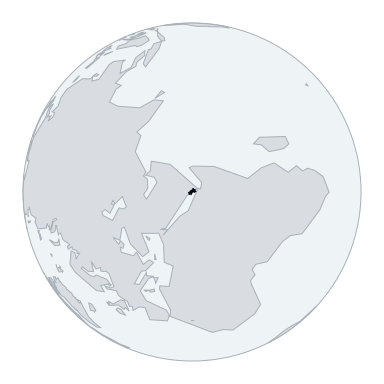 the Earth from above Al Hudaydah, rotated 245°
{"feature_id": "YEM-151", "entity_name": "Al Hudaydah", "entity_type": "Governorate", "adm_level": 1, "iso_a3": "YEM", "parent_name": "Yemen", "parent_adm1": "", "projection": "orthographic", "projection_center": [43.034, 14.789], "detail": "fine", "context": "on_globe", "style": "filled", "palette": "ink", "viewbox_px": 384, "rotation_deg": 245, "n_neighbors": 0, "source": "natural_earth", "source_scale": "10m", "svg_char_len": 10656}
<svg xmlns="http://www.w3.org/2000/svg" viewBox="0 0 384 384"><g transform="rotate(245 192 192)"><circle cx="192" cy="192" r="169" fill="#eef3f6" stroke="#a8b0b8"/><path d="M156.0,26.9L156.6,26.8L155.9,27.0L151.2,28.0L150.9,28.1L149.1,28.6L148.2,28.8L156.0,26.9ZM147.4,29.0L147.7,29.0L144.7,29.8L147.4,29.0ZM142.9,30.3L146.6,29.4L141.2,31.0L137.8,32.0L139.2,31.5L142.9,30.3ZM124.3,37.2L122.3,38.2L116.5,41.0L111.4,43.6L108.7,45.1L112.3,43.6L101.5,49.9L92.1,57.1L89.5,59.0L86.7,60.2L89.6,57.6L100.6,49.9L112.2,43.1L124.3,37.2ZM78.6,66.8L78.2,67.2L80.0,65.6L77.4,68.0L76.6,68.6L78.6,66.8ZM23.1,197.0L24.5,205.4L27.3,216.3L28.7,226.3L29.1,235.0L36.0,256.9L31.7,245.3L28.2,233.5L25.6,221.5L23.9,209.3L23.1,197.0ZM167.9,24.8L168.0,24.7L167.5,24.8L167.9,24.8ZM228.8,27.1L228.4,27.0L227.3,26.8L228.8,27.1ZM160.2,26.1L163.8,25.4L161.9,25.9L161.0,26.0L157.7,26.6L158.7,26.4L160.2,26.1ZM159.5,26.3L160.8,26.2L157.9,26.8L156.6,26.8L159.5,26.3ZM165.9,25.1L167.9,24.8L166.1,25.0L165.8,25.1L165.9,25.1ZM148.5,29.7L150.0,29.0L152.6,28.5L148.5,29.7ZM161.5,26.1L162.5,25.9L163.7,25.7L163.9,25.8L161.5,26.1ZM174.5,24.0L173.6,24.1L177.8,23.7L177.5,23.8L172.2,24.3L174.3,24.1L174.2,24.2L170.0,24.6L174.5,24.0ZM167.8,25.4L160.9,26.6L157.5,27.7L155.1,28.2L161.0,26.3L167.8,25.4ZM169.5,24.9L167.9,25.2L165.7,25.4L165.4,25.3L169.5,24.9ZM179.2,23.8L181.0,23.4L182.1,23.4L179.2,23.8ZM167.2,25.6L168.9,25.4L167.2,25.7L167.2,25.6ZM176.0,24.2L176.5,24.0L177.7,24.0L176.0,24.2ZM171.8,25.2L169.6,25.5L169.3,25.3L171.8,25.2ZM174.1,24.7L175.6,24.6L170.6,25.1L174.1,24.6L174.1,24.7ZM177.1,24.2L178.0,24.1L176.7,24.3L177.1,24.2ZM174.0,25.9L167.7,26.5L167.1,26.0L173.3,25.4L174.0,25.9ZM279.0,47.2L277.3,46.2L266.9,40.6L279.0,47.2ZM262.3,38.4L266.0,40.1L263.7,39.0L266.0,40.2L271.3,43.0L272.3,43.5L277.8,48.4L289.5,57.7L290.1,56.5L294.4,59.0L308.2,71.2L321.3,90.7L327.1,96.3L329.9,100.5L330.5,103.8L326.3,97.6L323.5,96.1L321.1,92.4L320.6,96.4L317.1,91.4L318.5,97.4L322.1,101.0L323.8,99.0L326.5,107.0L333.1,113.3L338.0,122.2L340.9,140.5L337.6,147.6L338.3,150.7L334.8,148.2L333.5,155.3L342.5,170.9L343.4,176.0L339.7,187.5L339.0,183.8L329.9,176.9L330.6,189.5L337.5,197.8L340.0,209.1L335.7,206.7L332.9,196.9L329.6,194.2L328.9,183.4L323.0,168.6L318.5,172.9L317.2,166.6L308.5,155.2L301.1,161.0L290.4,180.2L291.6,196.6L286.8,204.6L274.4,182.7L269.7,167.4L264.7,169.5L252.5,157.6L229.8,158.7L227.0,154.8L222.6,157.0L214.0,153.4L210.0,147.0L204.6,147.6L215.5,164.4L221.4,163.9L226.9,157.0L228.8,163.1L237.1,168.2L226.2,183.9L193.3,198.3L190.9,186.1L170.2,152.8L171.3,149.1L171.2,148.7L171.1,148.0L168.3,153.9L165.0,147.5L175.2,170.6L176.5,180.5L192.8,199.1L191.1,201.0L196.6,204.8L215.2,199.7L215.1,203.8L205.8,222.8L180.7,248.2L184.6,264.8L183.7,278.7L169.2,287.5L171.7,297.8L164.4,301.1L164.7,306.8L159.5,312.5L150.4,317.4L133.7,316.1L131.6,311.1L121.8,300.4L107.7,274.1L110.9,262.8L109.0,253.3L97.0,230.8L99.5,219.3L96.5,213.8L90.3,214.1L87.0,207.6L83.3,206.9L61.1,206.7L55.0,197.2L49.6,170.9L54.1,162.2L56.2,151.1L88.6,119.5L94.0,122.7L117.8,121.5L120.5,123.2L116.1,131.3L132.8,143.7L140.0,137.1L156.6,144.1L168.7,144.4L175.8,128.8L156.0,127.8L154.2,120.0L171.2,114.2L188.7,115.9L188.6,113.0L178.8,106.2L184.2,101.2L175.6,103.5L178.1,106.5L172.8,108.2L170.2,105.6L172.2,103.8L167.3,102.3L159.0,112.1L160.7,116.2L147.0,117.3L148.5,124.5L144.3,127.5L140.3,116.6L141.7,112.8L133.2,101.1L130.5,105.0L138.3,116.6L135.3,115.5L131.7,121.8L132.0,116.1L124.2,103.3L112.8,104.6L95.9,118.8L89.7,119.3L85.6,115.3L94.1,99.8L107.0,100.6L110.2,95.9L109.6,88.5L113.5,89.6L114.9,87.0L119.9,87.3L129.1,81.7L134.5,81.7L140.0,74.1L143.6,73.3L139.3,77.8L139.2,81.3L153.0,82.2L156.2,80.7L158.7,76.0L162.2,77.2L162.8,72.5L171.7,71.4L161.4,69.1L164.1,64.3L170.5,61.1L169.5,59.3L159.1,64.6L156.6,67.3L157.4,70.0L149.0,77.8L143.8,78.8L145.7,69.7L138.6,70.4L143.1,63.8L168.4,52.3L178.0,50.8L189.8,57.6L186.4,60.2L180.5,58.9L184.2,64.3L184.8,61.8L187.6,63.0L190.9,59.4L193.1,60.2L192.5,55.7L195.5,56.2L195.9,59.0L203.3,54.9L210.2,55.5L210.8,54.3L209.5,52.8L219.1,55.0L219.1,54.0L216.0,52.9L214.0,50.4L214.3,47.0L217.6,47.9L218.0,49.2L223.7,53.8L224.1,57.7L225.5,57.7L225.9,54.6L218.9,49.0L218.2,46.8L222.0,49.0L220.5,48.0L221.2,47.2L224.9,47.4L220.9,44.9L223.6,36.8L231.1,37.0L234.2,39.5L239.5,36.6L247.6,38.2L244.7,37.0L245.3,35.5L242.8,34.9L241.4,34.3L241.8,31.5L244.4,32.0L241.3,30.5L239.8,30.0L237.7,29.5L234.6,28.5L248.7,32.8L262.3,38.4ZM75.8,136.6L74.6,139.8L75.8,136.6ZM206.4,126.3L217.4,127.0L213.9,117.2L217.9,116.8L215.2,113.9L213.6,116.5L207.4,108.6L212.7,105.9L212.1,101.9L208.3,101.5L199.7,107.9L208.5,119.1L205.4,123.0L206.4,126.3ZM80.3,65.2L79.6,65.9L79.1,66.3L80.3,65.2ZM80.9,66.2L76.7,70.0L79.3,67.4L77.8,68.4L81.4,64.6L88.4,59.8L84.6,62.4L80.9,66.2ZM88.2,58.7L85.1,61.3L88.2,58.7L88.2,58.7ZM117.4,73.6L118.4,75.4L115.5,78.2L108.6,79.6L112.8,75.4L117.4,73.6ZM120.6,77.5L124.3,68.9L128.7,68.1L125.6,69.9L128.1,70.2L123.8,73.3L124.4,81.6L121.9,84.7L110.5,84.8L115.6,82.8L114.3,80.9L120.6,77.5ZM125.9,52.6L127.6,50.1L135.1,51.5L132.6,53.8L125.6,54.9L124.3,53.0L125.9,52.6ZM134.9,33.3L135.1,33.1L136.4,32.7L137.3,32.5L134.9,33.3ZM149.0,29.4L135.6,34.1L135.1,34.0L127.8,37.4L123.7,38.6L128.5,36.2L119.9,40.1L122.6,38.4L116.9,41.2L128.1,35.7L130.2,34.8L129.5,35.3L133.2,34.1L135.5,33.3L143.4,30.6L149.7,28.5L154.4,27.4L156.1,27.2L155.3,27.6L152.5,28.1L153.4,28.2L148.7,29.2L149.0,29.4ZM172.8,32.4L169.9,31.7L171.0,34.2L166.3,34.4L166.7,34.7L162.7,35.6L158.6,37.5L156.7,37.3L155.9,38.1L153.2,39.0L151.5,40.1L147.5,40.4L145.0,42.0L144.5,41.3L141.4,43.9L141.9,42.2L138.5,43.4L139.8,44.5L122.4,45.6L114.7,48.3L107.9,51.7L109.7,48.8L117.2,44.1L127.0,39.4L134.2,37.6L133.7,36.9L137.0,35.9L136.0,36.8L139.5,34.8L141.9,34.4L150.6,31.7L154.1,29.6L157.4,28.8L157.3,29.4L160.6,28.2L162.6,28.9L164.9,28.4L169.2,28.8L167.5,30.6L170.3,30.0L173.7,30.6L172.8,32.4ZM175.0,26.0L174.1,27.6L171.0,28.6L164.9,27.5L162.4,27.8L158.4,27.7L162.9,26.4L163.6,26.5L165.4,26.3L163.3,26.8L166.3,26.3L167.4,26.5L170.1,26.3L169.0,26.8L175.0,26.0ZM124.6,120.4L126.9,121.0L130.7,121.0L128.5,125.1L124.6,120.4ZM119.0,111.7L121.2,111.3L120.0,116.7L117.6,116.3L119.0,111.7ZM123.5,106.8L121.5,110.9L121.2,108.5L123.5,106.8ZM141.5,77.5L144.0,77.1L143.8,78.2L141.9,79.8L141.5,77.5ZM175.1,41.8L174.0,40.8L174.9,40.4L175.7,37.8L179.2,37.8L180.1,39.3L175.1,41.8ZM171.8,131.4L167.7,134.3L166.2,132.7L167.9,132.0L171.8,131.4ZM146.6,129.7L151.8,132.1L145.9,130.8L146.6,129.7ZM179.1,41.3L179.0,40.2L180.8,40.9L179.1,41.3ZM181.8,37.7L184.1,38.3L179.7,37.5L181.8,37.7ZM240.8,340.2L242.0,341.4L239.3,341.8L240.8,340.2ZM213.1,276.2L202.9,299.9L194.7,300.1L192.6,293.3L196.0,279.0L205.3,274.8L209.7,268.0L213.1,276.2ZM353.6,229.5L354.6,229.3L354.4,230.1L353.6,229.5ZM352.7,227.7L354.1,227.0L352.2,229.6L352.7,227.7ZM354.6,226.7L356.0,224.2L356.7,222.5L356.4,224.2L354.6,226.7ZM351.6,228.5L344.0,232.0L340.6,231.4L341.8,228.2L347.4,226.6L351.6,228.5ZM341.5,228.3L335.7,222.6L325.0,202.7L328.9,202.0L339.5,212.7L338.9,215.3L342.4,220.2L341.5,228.3ZM354.0,208.5L353.3,215.9L349.5,217.3L347.5,217.1L346.3,208.4L347.0,203.4L348.7,202.8L353.3,184.0L355.3,186.9L354.4,194.5L355.9,199.9L354.0,208.5ZM292.5,198.0L296.7,207.0L293.9,209.1L292.5,198.0ZM353.6,171.9L352.8,179.9L353.1,169.7L353.6,171.9ZM352.8,162.7L353.7,166.1L352.3,163.2L352.8,162.7ZM339.7,155.4L337.9,157.0L337.2,154.6L338.9,151.3L339.7,155.4ZM341.7,130.0L344.4,136.9L345.1,139.4L343.0,135.6L341.7,130.0ZM209.1,42.6L204.2,46.0L203.0,49.1L206.0,51.6L199.6,49.8L201.5,45.0L209.1,42.6ZM221.5,37.2L218.8,35.6L221.3,35.7L222.2,36.1L221.5,37.2ZM218.9,36.6L213.1,35.8L212.5,34.5L217.2,35.4L218.9,36.6ZM196.0,37.7L194.3,38.6L192.9,37.9L196.0,37.7ZM329.9,289.7L325.6,295.0L324.9,294.8L328.5,289.9L334.8,277.0L335.4,276.8L339.4,267.6L347.5,255.6L354.4,237.5L354.9,236.8L350.4,250.8L344.7,264.3L337.8,277.3L329.9,289.7ZM356.0,228.1L357.9,221.2L358.3,220.1L356.0,228.1ZM360.7,201.5L360.7,200.8L360.8,200.2L360.7,201.5ZM360.9,197.4L360.8,196.6L360.9,194.5L360.9,197.4ZM359.8,205.4L359.6,207.4L359.4,206.3L359.8,205.4ZM360.1,203.8L360.5,204.6L360.0,205.5L360.1,203.8ZM356.7,200.9L357.2,205.1L358.5,201.0L357.5,206.0L357.9,212.7L357.4,215.8L357.1,208.5L356.1,217.1L355.5,217.5L355.6,210.6L356.5,201.4L357.1,197.3L359.3,193.8L356.7,200.9ZM360.3,198.3L360.1,193.3L360.2,189.6L360.4,192.0L360.3,198.3ZM358.7,181.8L357.1,176.7L356.5,179.8L357.0,169.9L358.6,176.4L358.7,181.8ZM356.2,169.5L355.7,172.3L355.7,166.8L356.2,169.5ZM355.1,170.5L354.2,166.5L355.0,166.5L355.1,170.5ZM356.6,169.3L355.4,162.3L356.5,166.0L356.6,169.3ZM351.8,157.7L354.9,163.1L352.2,161.9L348.5,148.9L349.4,147.9L351.8,157.7ZM334.2,103.7L332.0,100.6L331.8,99.3L333.3,101.8L334.2,103.7ZM329.1,93.5L331.0,98.0L332.2,102.2L333.4,103.3L336.7,109.3L332.9,104.6L329.7,97.5L329.4,95.5L326.1,90.8L323.9,87.2L319.4,81.9L317.4,79.3L321.4,83.6L329.1,93.5ZM317.5,79.7L308.9,70.7L310.0,71.2L312.1,73.2L315.6,77.1L314.8,76.5L317.5,79.7ZM307.1,68.8L306.3,68.3L291.8,57.1L289.1,55.0L300.6,63.1L300.4,63.2L303.8,66.1L307.1,68.8ZM230.2,27.4L228.6,27.1L229.9,27.3L230.2,27.4ZM240.0,34.0L238.4,33.2L240.0,33.3L240.0,34.0ZM234.8,31.2L234.1,31.6L233.4,30.8L234.8,31.2ZM232.9,32.7L233.2,31.6L234.9,33.3L232.9,32.7Z" fill="#d9dde1" stroke="#a8b0b8" stroke-width="1"/><path d="M192.7,195.3L192.7,195.1L192.6,194.9L192.6,194.7L192.4,194.5L192.3,194.3L192.2,194.2L192.1,193.9L192.1,193.7L192.0,193.2L191.9,193.2L191.9,192.9L191.9,193.0L192.0,193.0L192.0,192.9L191.9,192.9L192.0,192.7L191.9,192.6L191.9,192.4L191.8,192.2L191.7,192.0L191.6,191.8L191.6,191.7L191.6,191.8L191.8,191.9L191.8,191.7L191.7,191.6L191.6,191.4L191.6,191.2L191.4,190.9L191.2,190.8L191.1,190.7L191.0,190.8L190.9,190.8L190.8,190.7L191.0,190.7L191.1,190.3L191.0,190.5L191.3,190.6L191.3,190.8L191.3,190.7L191.4,190.4L191.3,190.2L191.3,189.9L191.2,189.9L191.1,189.7L191.1,189.4L191.1,189.2L191.2,188.9L191.3,188.9L191.4,188.7L191.9,189.0L192.1,188.9L192.3,188.9L192.7,188.8L192.8,188.9L192.8,189.0L192.8,189.3L192.8,189.5L192.8,189.9L192.8,190.0L192.8,190.3L192.8,190.5L193.0,190.6L193.2,190.8L193.3,191.0L193.5,191.2L193.6,191.3L193.8,191.4L194.0,191.5L193.9,191.5L193.7,191.6L193.5,191.8L193.4,192.0L193.5,192.2L193.4,192.3L193.4,192.5L193.5,192.8L193.6,193.0L193.4,193.2L193.4,193.3L193.5,193.7L193.5,193.8L193.7,194.0L193.8,194.0L194.0,194.1L194.1,194.4L193.9,194.4L193.9,194.5L194.0,194.5L193.9,194.6L193.6,194.6L193.2,195.0L192.9,195.1L192.7,195.3L192.7,195.3ZM191.2,194.1L191.3,194.2L191.3,194.3L191.3,194.5L191.2,194.6L191.1,194.4L191.0,194.2L191.2,194.1ZM190.9,190.1L190.7,190.2L190.8,190.2L190.8,190.3L190.8,190.5L190.7,190.6L190.6,190.4L190.6,190.2L190.8,190.1L190.9,190.1ZM191.1,195.1L191.3,195.0L191.2,195.2L191.0,195.3L191.0,195.2L191.1,195.1Z" fill="#0f172a" stroke="#020617" stroke-width="1.5"/></g></svg>